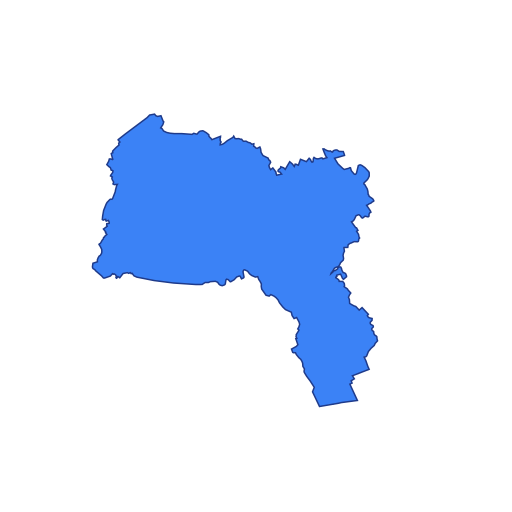 the district of Don Tum, Nakhon Pathom, Thailand, rotated 145°
{"feature_id": "78962969B74953703233818", "entity_name": "Don Tum", "entity_type": "district", "adm_level": 2, "iso_a3": "THA", "parent_name": "Thailand", "parent_adm1": "Nakhon Pathom", "projection": "robinson", "projection_center": [100.086, 13.961], "detail": "fine", "context": "isolated", "style": "filled", "palette": "blue", "viewbox_px": 512, "rotation_deg": 145, "n_neighbors": 0, "source": "geoboundaries", "source_scale": "gbopen_adm2", "svg_char_len": 6150}
<svg xmlns="http://www.w3.org/2000/svg" viewBox="0 0 512 512"><g transform="rotate(145 256 256)"><path d="M205.1,116.8L204.4,118.7L203.3,120.6L203.4,121.6L203.9,122.6L204.1,123.7L203.9,125.0L203.0,126.5L203.1,127.3L203.5,128.2L203.3,129.5L202.7,130.2L200.6,130.6L200.1,131.4L200.1,132.0L201.2,134.1L201.1,135.3L200.4,136.2L197.9,136.7L196.7,138.2L198.8,140.6L199.2,142.2L199.0,143.3L197.4,143.8L198.7,152.9L202.5,152.5L203.2,157.4L204.5,159.2L206.5,163.4L204.5,166.7L203.9,169.2L201.6,170.6L199.6,171.3L200.1,175.3L200.0,176.6L201.4,180.3L200.4,181.0L199.5,182.7L199.4,183.5L199.6,185.5L202.4,187.5L202.0,188.4L202.0,189.4L203.1,192.5L202.8,192.9L201.4,192.9L201.1,193.9L200.8,194.0L197.1,192.6L198.0,188.0L197.7,186.7L193.7,187.1L193.2,187.9L192.7,190.3L193.5,191.8L194.1,192.4L193.8,195.2L193.3,196.2L192.9,198.1L193.1,198.6L194.0,199.2L195.0,199.4L195.9,199.3L196.4,198.6L199.8,198.7L200.4,199.4L202.2,198.8L204.8,198.5L204.3,198.9L202.3,199.4L198.8,201.0L196.7,200.8L195.3,200.2L194.0,200.3L192.6,200.8L190.6,202.0L186.9,202.6L185.7,203.7L184.3,206.6L182.7,208.1L180.8,209.2L179.3,212.3L179.0,212.5L175.9,210.4L174.0,212.4L171.4,212.4L170.8,212.1L167.4,211.5L164.6,209.4L163.9,209.3L163.2,209.7L162.2,210.9L160.8,211.3L160.7,212.6L159.6,214.9L159.4,218.6L157.8,218.5L157.5,221.4L158.1,222.1L158.2,229.2L156.0,229.0L154.4,229.6L150.9,231.6L148.4,231.0L147.9,230.6L147.5,229.1L147.5,227.1L147.2,226.1L146.4,225.9L143.9,226.1L141.8,223.8L140.9,223.7L140.5,224.0L139.5,225.3L139.1,225.6L137.7,226.2L136.9,225.9L136.5,226.7L136.4,227.5L136.3,234.1L135.0,233.8L133.5,233.9L131.6,233.4L130.3,233.6L128.1,233.4L127.7,233.9L127.6,235.9L129.1,240.0L128.7,241.2L128.8,242.1L127.3,244.7L126.4,247.1L126.1,250.6L125.9,251.6L126.3,253.3L125.7,253.9L121.3,254.6L119.9,255.1L117.4,256.5L115.5,259.3L115.3,260.6L116.1,266.0L117.3,269.3L118.1,270.7L119.0,271.2L120.3,271.4L126.0,266.4L127.0,265.9L127.7,265.9L128.1,266.1L128.6,266.9L129.0,271.2L128.0,274.1L128.4,274.5L129.9,274.7L134.1,276.3L134.7,278.0L136.0,284.4L135.6,291.0L125.8,287.6L125.4,288.5L124.6,291.5L127.9,294.0L128.8,296.3L129.6,297.0L131.3,297.7L132.6,297.8L133.2,297.4L134.0,297.4L134.9,299.5L135.9,299.9L137.1,301.3L138.4,303.5L138.7,304.6L139.2,305.0L139.8,305.3L140.8,301.4L141.5,298.2L141.5,295.9L145.5,297.2L145.6,298.3L146.3,298.9L148.9,299.7L150.2,300.5L151.3,301.8L151.9,303.5L152.9,303.1L155.2,300.5L156.3,300.7L156.4,302.6L156.0,303.8L156.4,305.6L160.6,304.4L164.1,309.7L169.2,306.1L169.4,306.1L170.2,307.8L170.8,308.2L171.2,308.8L173.3,307.4L173.4,310.3L174.3,313.9L182.4,310.2L182.7,312.3L184.5,314.9L185.5,314.0L188.2,313.8L188.9,313.4L189.3,312.8L189.2,312.1L188.2,310.9L188.0,308.4L192.7,310.3L192.0,312.7L191.5,313.2L191.7,318.5L194.5,318.3L194.3,320.6L193.6,322.7L190.2,324.4L189.9,326.2L190.4,327.6L189.9,329.2L192.7,334.3L192.4,338.0L190.8,341.1L190.3,343.1L193.3,343.5L194.1,344.4L194.4,346.2L195.0,347.2L193.4,349.2L195.2,349.9L195.9,352.1L197.2,353.5L198.3,355.8L200.4,357.1L200.7,358.0L200.8,359.9L201.7,360.5L202.8,362.1L204.8,363.3L205.8,364.2L205.5,367.0L206.9,366.4L213.3,366.9L217.2,366.6L219.5,366.8L221.6,367.6L220.5,368.9L219.2,369.4L219.2,371.0L218.7,371.5L218.2,372.7L217.2,373.4L216.4,374.4L225.4,376.6L225.4,378.1L225.7,379.4L225.9,381.0L225.1,382.4L226.0,385.5L227.4,388.6L227.9,389.2L230.1,390.3L231.4,390.4L234.3,389.7L235.0,390.2L236.6,392.2L238.6,392.3L246.7,398.9L252.7,403.1L256.0,405.9L258.3,408.4L260.0,411.4L259.9,414.4L260.6,415.6L257.0,417.0L254.6,418.8L254.7,419.9L253.4,425.4L256.6,426.8L257.6,428.4L257.7,430.4L262.3,432.5L265.8,431.8L293.3,430.9L302.2,430.4L302.4,429.9L302.1,427.4L303.8,427.2L304.6,425.5L308.4,425.1L312.7,424.3L313.3,424.1L314.1,422.7L315.4,423.0L315.9,422.9L317.9,417.3L318.2,417.3L319.3,418.8L320.5,419.6L322.3,418.1L325.8,416.4L325.2,413.4L324.6,412.0L325.4,409.3L324.5,408.4L324.3,407.8L325.5,406.6L328.9,405.4L329.3,405.0L328.5,403.8L328.4,403.1L329.1,402.8L329.6,402.2L330.0,400.8L330.2,398.2L331.8,397.1L331.2,395.8L328.5,394.2L329.6,393.7L333.3,390.6L334.4,389.4L340.5,385.3L341.5,385.1L342.6,386.0L343.3,386.1L347.3,385.3L349.1,384.4L354.7,380.7L358.7,376.7L361.0,374.0L360.6,373.0L358.9,372.7L358.1,372.2L358.8,370.9L358.7,370.5L356.5,369.8L356.9,367.8L357.6,367.0L359.7,368.1L360.7,366.9L360.8,365.7L365.5,365.6L365.3,361.6L365.9,361.4L365.8,359.2L368.9,358.9L369.4,358.4L370.3,358.5L371.5,357.5L372.9,357.2L375.5,355.9L376.6,355.6L377.4,355.8L378.0,355.5L378.1,353.1L378.6,349.9L379.8,348.0L380.8,346.9L383.1,345.8L384.5,345.9L386.3,345.1L388.2,343.8L389.2,342.2L393.7,343.6L396.0,341.2L396.6,340.1L396.7,339.2L395.8,337.0L395.9,336.1L393.9,328.3L393.6,325.5L392.7,324.8L386.8,323.1L383.6,323.8L383.3,322.9L382.5,322.8L381.8,321.2L382.0,319.5L383.1,318.7L383.1,317.8L382.9,317.7L380.9,318.4L380.1,316.3L374.9,317.9L371.0,316.2L370.2,314.8L368.5,314.5L368.4,313.1L367.4,312.9L367.3,309.7L365.7,307.0L353.5,294.3L339.2,281.3L321.7,267.2L316.5,263.6L312.9,263.5L310.2,261.6L308.2,261.2L303.8,258.6L302.5,256.5L302.5,254.2L302.1,252.8L301.3,251.7L300.6,251.0L298.3,250.4L297.2,250.7L294.4,253.6L293.4,253.9L292.3,252.6L291.9,249.8L291.5,249.4L287.5,249.1L283.9,249.9L281.5,249.3L280.8,248.9L280.6,248.5L281.0,245.6L278.8,245.2L277.9,245.6L275.7,250.5L274.7,251.3L273.6,251.5L273.2,251.2L271.6,248.4L271.5,245.1L270.7,242.5L268.6,239.1L266.4,238.1L267.2,235.2L267.2,233.1L267.6,230.1L269.2,228.0L270.3,225.6L270.3,218.1L268.2,215.6L266.0,215.9L264.3,212.9L263.5,210.6L263.1,207.5L263.6,204.1L263.3,198.9L262.6,195.2L259.3,189.7L260.6,186.5L260.7,182.9L258.0,182.3L258.6,177.3L259.4,175.0L261.4,173.4L263.6,172.3L263.3,170.9L263.5,170.5L268.2,168.5L268.4,168.0L269.4,167.1L269.8,165.1L270.8,165.5L272.6,159.3L274.9,158.8L280.3,159.4L281.2,156.0L280.9,155.4L279.1,154.1L279.5,152.3L279.2,148.1L278.6,145.7L278.8,143.3L279.3,141.4L280.9,138.7L281.1,135.7L282.7,134.1L283.2,133.0L283.5,128.3L283.3,122.5L283.6,115.0L287.6,112.3L290.3,96.3L272.5,87.9L270.2,87.0L255.8,79.5L252.6,97.2L250.2,96.8L249.6,99.2L245.9,99.0L245.7,102.6L228.3,98.3L227.7,101.5L226.1,107.1L225.4,111.1L223.8,110.5L222.6,110.7L218.7,113.3L214.7,114.4L210.5,114.9L208.4,116.1L205.1,116.8Z" fill="#3b82f6" stroke="#1e3a8a" stroke-width="1.5"/></g></svg>